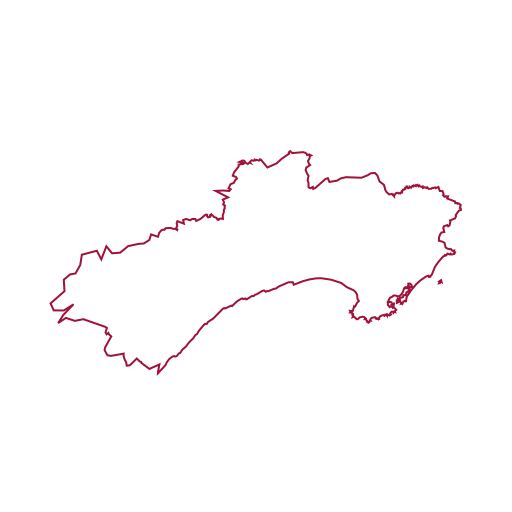 the district of West Coast, Western Cape, South Africa, rotated 259°
{"feature_id": "47623444B37444115609272", "entity_name": "West Coast", "entity_type": "district", "adm_level": 2, "iso_a3": "ZAF", "parent_name": "South Africa", "parent_adm1": "Western Cape", "projection": "mercator", "projection_center": [18.155, -32.059], "detail": "fine", "context": "isolated", "style": "outline", "palette": "rose", "viewbox_px": 512, "rotation_deg": 259, "n_neighbors": 0, "source": "geoboundaries", "source_scale": "gbopen_adm2", "svg_char_len": 6141}
<svg xmlns="http://www.w3.org/2000/svg" viewBox="0 0 512 512"><g transform="rotate(259 256 256)"><path d="M349.0,321.8L350.1,311.2L352.4,309.5L351.4,307.9L350.1,308.0L346.8,300.3L343.0,293.9L340.7,284.1L349.8,279.1L350.1,278.3L349.3,277.9L349.1,277.1L350.2,275.2L350.0,273.6L350.9,273.1L349.9,272.2L350.8,269.8L349.3,267.7L348.4,268.2L348.9,267.4L347.9,265.5L349.7,263.4L351.6,262.8L352.3,261.4L351.5,257.7L349.4,262.2L348.8,261.2L349.1,256.4L347.1,256.0L342.5,250.6L339.2,248.5L337.5,251.4L335.6,252.1L334.5,250.1L332.0,248.2L331.3,244.6L327.6,242.0L326.3,243.9L324.9,242.1L326.5,236.5L327.6,228.8L318.9,239.8L317.7,234.2L314.7,234.9L312.9,233.6L311.4,235.2L310.2,234.5L308.8,234.5L307.8,233.4L305.2,232.8L302.2,231.1L298.7,230.6L299.6,228.3L299.4,227.0L298.7,226.3L299.4,225.8L299.1,225.1L301.0,224.5L302.4,222.1L304.4,221.0L304.6,219.9L305.4,219.9L304.9,218.9L304.2,219.2L304.1,218.4L303.1,218.2L303.1,216.3L304.7,215.5L305.8,215.9L306.2,214.3L303.0,208.6L301.8,204.0L303.9,203.5L304.5,200.5L303.6,198.0L305.7,194.6L305.2,191.3L301.5,191.4L305.2,185.5L303.3,184.4L300.4,184.4L298.4,182.7L297.1,183.9L296.5,183.6L298.0,182.0L298.5,179.8L299.9,177.5L300.5,172.4L299.2,171.2L299.6,169.5L299.2,167.9L297.2,165.4L293.6,163.5L297.2,157.1L292.1,154.4L289.7,148.3L290.3,143.0L290.1,132.4L285.2,123.3L286.1,115.2L294.1,111.0L282.2,103.5L291.5,100.8L290.5,85.3L280.8,81.8L273.3,75.5L273.4,70.0L269.4,62.8L258.0,61.3L248.7,45.3L241.2,47.1L239.2,56.9L243.4,67.7L234.9,55.6L227.9,49.0L231.5,57.6L226.9,65.8L226.9,74.5L215.1,94.7L213.8,95.9L209.6,93.7L207.6,94.4L208.7,96.4L207.0,96.8L204.7,98.6L195.0,90.4L192.5,89.4L186.9,91.2L185.6,94.8L185.4,107.5L183.1,106.9L179.0,107.4L176.7,108.3L173.0,108.2L172.8,111.4L178.1,119.4L174.6,121.8L173.9,123.1L172.9,123.1L165.5,129.8L168.0,140.5L161.5,137.9L159.6,137.4L166.2,146.4L168.5,148.0L171.2,150.9L173.1,154.4L173.4,156.6L172.7,157.3L172.8,158.9L175.2,162.0L175.2,163.0L178.2,165.9L180.5,170.0L184.2,174.0L187.1,178.6L189.8,181.2L190.8,183.3L193.4,185.6L197.7,190.8L199.1,193.0L198.7,194.7L200.4,196.3L202.8,202.1L210.6,213.5L210.9,214.8L210.4,215.6L212.0,222.3L211.4,222.9L215.1,228.7L216.9,233.4L216.9,234.7L216.1,235.3L216.3,237.5L215.3,238.0L215.3,238.7L217.5,244.4L217.1,245.9L218.2,247.9L218.3,249.4L220.6,255.7L220.6,257.4L219.0,258.7L219.5,260.2L219.1,261.2L220.3,267.2L220.3,269.4L221.8,272.8L224.0,282.9L223.2,287.2L220.6,287.6L222.3,297.1L222.8,303.6L222.6,310.5L221.7,315.9L218.3,325.5L213.2,334.6L208.0,339.3L203.9,345.1L201.4,347.0L198.4,347.9L194.8,347.4L192.2,348.4L190.7,346.1L187.7,343.9L187.3,343.0L187.8,342.6L183.8,340.7L183.4,339.8L183.9,339.4L183.7,338.8L184.1,337.9L183.2,338.1L182.6,337.5L181.9,339.3L180.5,340.3L179.7,340.1L179.6,339.4L178.5,340.0L177.5,339.2L177.6,340.7L174.7,342.9L174.6,343.8L176.0,346.3L176.1,348.7L175.5,350.5L174.1,351.5L173.3,350.8L173.1,352.1L171.7,352.1L170.7,353.0L170.2,352.6L169.8,353.5L169.1,353.6L169.5,354.7L171.0,355.6L170.8,356.2L171.5,355.9L172.8,357.0L173.3,358.6L173.2,361.2L171.3,362.0L171.2,362.6L171.7,363.0L170.4,364.2L170.7,364.9L171.5,364.8L172.9,366.0L173.5,367.4L173.7,369.7L172.8,370.7L173.4,371.3L173.1,372.0L173.8,372.0L173.5,373.4L172.9,373.5L173.7,373.8L172.1,375.6L172.8,377.3L174.0,376.8L175.5,378.5L175.2,380.1L174.0,380.1L174.9,381.3L174.5,381.9L175.4,381.8L176.4,383.4L179.4,381.5L179.0,380.4L180.3,379.9L182.7,381.0L182.9,381.9L182.2,382.1L183.0,382.4L183.2,381.2L182.2,379.7L181.7,380.1L180.5,379.3L180.8,378.0L180.3,377.5L182.7,376.1L185.8,376.6L184.4,380.8L185.9,377.6L187.3,377.7L189.5,379.7L190.1,382.3L190.9,383.2L190.6,385.5L189.2,387.6L189.7,390.3L192.8,393.5L196.0,395.2L196.9,396.6L196.0,398.0L196.7,398.6L195.9,398.8L195.5,398.1L195.3,399.1L197.4,399.7L197.8,400.0L197.4,400.2L198.2,400.8L197.9,400.5L198.3,400.1L199.8,400.2L199.6,401.9L198.0,403.0L196.6,403.3L196.0,402.6L196.1,401.5L193.3,399.6L191.6,397.7L191.6,396.8L188.9,395.5L189.5,393.3L187.6,392.4L187.3,389.8L187.6,389.1L186.7,388.7L184.2,389.0L184.5,388.3L186.7,388.0L186.3,387.2L186.7,386.9L185.6,386.7L185.6,385.7L183.1,385.4L183.9,388.5L182.5,389.6L181.5,389.1L181.6,389.9L180.9,390.5L183.2,392.0L183.6,393.3L182.9,393.8L182.9,394.6L186.7,395.9L187.9,396.9L192.8,401.8L197.9,408.1L200.7,412.8L203.4,418.9L203.7,421.5L202.3,421.9L202.3,423.1L203.0,423.2L204.0,424.9L211.3,429.7L215.3,433.8L219.9,439.7L220.2,441.6L220.9,441.8L220.4,443.0L221.8,444.4L220.6,446.4L221.1,447.4L220.4,447.5L220.1,448.4L220.2,451.1L221.6,452.1L222.0,451.3L223.6,451.7L223.6,449.8L225.7,448.6L225.6,447.7L226.6,445.5L228.2,443.7L232.9,443.6L234.4,441.9L236.1,438.4L239.3,439.2L242.0,440.8L243.7,442.6L243.6,445.4L248.0,445.2L249.4,446.3L249.8,449.7L248.5,450.3L249.1,451.8L252.6,453.4L253.9,453.2L254.9,458.5L256.9,460.0L258.0,459.8L259.7,461.5L261.8,463.9L262.1,466.0L263.7,466.0L264.2,465.3L267.0,466.7L268.6,465.4L268.9,463.8L269.5,463.9L269.9,461.7L271.5,461.8L275.9,454.7L277.9,455.9L278.1,453.9L278.5,453.8L278.2,452.3L280.0,451.2L280.7,452.0L284.1,451.5L284.8,448.8L289.0,448.2L288.3,445.4L289.2,444.9L288.8,443.0L289.2,442.0L288.6,441.0L289.0,438.2L290.8,437.1L290.2,436.3L291.4,434.6L290.9,432.9L292.5,432.9L292.2,431.8L293.3,430.0L293.9,429.9L293.4,428.9L295.0,428.2L294.6,427.5L295.1,426.7L294.1,426.2L295.2,424.5L294.3,423.9L295.0,422.9L293.5,421.3L294.7,420.0L293.7,419.6L293.5,418.3L294.1,417.6L295.4,417.7L295.5,416.9L294.6,416.6L294.6,415.7L293.6,415.4L293.8,414.9L292.9,414.4L293.0,412.9L292.2,412.5L291.9,411.6L290.5,411.5L290.8,410.5L289.9,409.7L290.4,409.0L290.1,407.9L291.1,407.1L291.1,405.6L289.6,403.9L290.0,403.1L288.3,402.9L291.0,401.2L291.0,398.5L293.6,396.5L295.8,395.6L301.4,395.2L305.6,391.5L311.9,390.5L314.8,388.6L315.3,384.4L314.0,381.2L312.7,374.5L316.2,359.3L316.0,354.0L314.5,349.9L314.7,342.2L318.7,341.4L318.3,338.9L311.5,327.2L310.9,325.0L313.0,324.9L312.1,322.5L313.3,320.7L318.0,321.5L320.3,321.1L324.8,322.9L326.7,322.0L330.9,321.1L333.2,322.2L335.0,326.5L336.5,325.5L339.3,325.2L341.8,327.3L343.8,327.7L344.2,329.3L345.5,327.7L345.4,325.4L346.4,325.4L348.0,324.0L349.0,321.8ZM194.3,430.6L194.3,431.4L195.5,432.8L195.1,433.2L197.0,433.1L196.0,430.8L195.3,431.4L194.3,430.6Z" fill="none" stroke="#9f1239" stroke-width="2"/></g></svg>